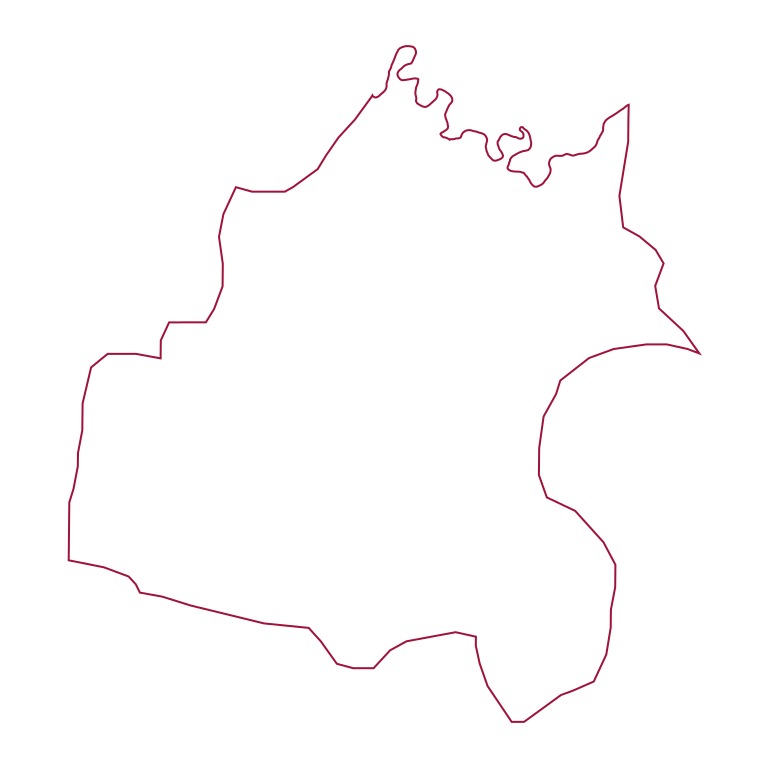 outline of Samsu, Ryanggang, North Korea
{"feature_id": "82179303B33326321250637", "entity_name": "Samsu", "entity_type": "district", "adm_level": 2, "iso_a3": "PRK", "parent_name": "North Korea", "parent_adm1": "Ryanggang", "projection": "mercator", "projection_center": [128.058, 41.242], "detail": "fine", "context": "isolated", "style": "outline", "palette": "rose", "viewbox_px": 768, "rotation_deg": 0, "n_neighbors": 0, "source": "geoboundaries", "source_scale": "gbopen_adm2", "svg_char_len": 6007}
<svg xmlns="http://www.w3.org/2000/svg" viewBox="0 0 768 768"><path d="M628.7,104.8L627.9,105.1L626.9,105.6L625.9,106.4L623.1,108.7L620.4,110.4L618.2,112.0L614.2,114.7L611.6,116.3L609.3,117.6L607.3,119.1L606.5,119.8L605.8,120.4L605.2,121.2L603.6,124.0L603.4,126.0L603.2,126.9L603.1,128.1L603.2,129.2L603.1,130.1L602.9,130.8L602.7,131.5L601.6,133.3L601.2,134.2L600.0,136.0L599.1,138.2L598.0,139.7L597.6,140.6L597.2,142.0L596.7,143.5L596.3,144.5L595.0,146.5L591.0,150.1L589.3,151.4L587.4,152.4L586.5,152.7L584.5,153.3L583.6,153.5L579.1,153.9L576.6,154.6L573.9,155.5L573.1,155.6L571.7,155.4L568.7,154.3L566.5,153.9L563.1,155.4L562.0,155.9L559.0,155.9L557.6,155.7L556.8,155.7L555.3,155.9L554.0,156.4L552.0,157.7L551.4,158.1L550.8,158.7L550.2,159.5L549.2,162.0L549.1,163.1L549.1,164.0L549.1,164.9L550.5,168.5L550.6,170.7L550.2,172.7L549.9,173.6L548.3,176.4L548.0,177.1L547.2,178.1L546.7,178.8L545.5,180.0L543.5,182.9L542.3,184.1L541.6,184.4L540.8,185.0L540.0,185.3L539.3,185.7L537.4,186.5L536.6,186.7L535.1,186.7L534.5,186.6L533.3,185.8L532.1,184.6L530.9,183.2L529.6,180.7L529.1,179.6L528.6,179.1L526.7,176.2L526.1,175.8L525.7,175.3L524.6,174.0L523.9,172.9L523.4,172.7L522.3,172.6L521.2,172.1L519.6,171.8L518.1,171.6L517.1,171.7L516.4,171.6L515.6,171.6L513.1,171.4L510.6,170.8L510.0,170.5L508.6,169.7L507.6,168.4L507.6,166.9L507.9,166.2L508.4,165.5L509.1,163.2L509.2,162.5L509.8,161.5L510.1,159.5L510.5,158.8L511.6,157.3L512.2,156.7L512.9,156.1L513.7,155.6L514.7,155.1L516.4,154.0L519.3,152.5L523.2,151.1L525.1,150.8L527.5,150.3L528.2,150.0L528.8,149.5L529.4,148.9L530.0,148.2L530.5,147.3L530.9,145.9L531.2,143.9L531.2,142.9L531.1,141.9L530.5,139.6L530.2,137.8L529.9,136.5L529.6,135.3L528.4,132.6L526.7,130.6L526.0,130.1L523.7,128.5L523.3,127.8L522.8,127.3L521.3,127.1L520.6,127.4L520.0,128.4L519.8,129.1L519.8,129.9L520.4,130.6L522.1,132.0L522.9,132.8L523.3,133.7L523.5,134.5L523.5,136.3L523.2,137.5L522.6,138.0L522.1,138.4L521.3,138.5L520.5,138.8L518.2,138.3L516.6,137.4L515.9,137.1L515.1,137.0L514.3,137.0L511.0,136.0L510.1,135.5L509.1,135.2L507.5,134.4L506.2,134.1L504.8,134.0L504.0,134.1L503.2,134.4L502.1,135.0L501.0,136.3L500.4,136.9L500.0,137.6L499.3,138.9L499.1,139.7L498.7,140.2L498.1,140.8L497.7,141.5L497.6,142.1L497.6,142.7L497.6,143.7L497.8,144.7L498.3,145.8L498.9,148.0L499.5,149.3L500.0,150.1L500.6,150.8L501.2,151.7L501.9,152.9L502.8,154.9L503.0,155.9L502.8,156.8L502.3,157.5L501.4,158.4L500.6,158.9L499.0,159.6L497.8,160.0L496.8,160.4L495.8,160.7L495.0,160.7L493.9,160.6L493.0,160.2L492.1,159.4L491.4,158.7L490.8,158.1L488.6,155.6L487.8,154.1L487.4,152.8L487.1,152.0L486.7,151.4L486.4,150.5L486.4,149.7L486.2,148.7L485.9,147.7L485.7,146.5L485.9,145.6L486.6,142.4L486.9,141.5L487.1,140.6L487.1,139.7L486.9,138.8L486.7,137.9L486.2,137.1L485.8,136.2L485.1,135.3L484.4,134.6L482.6,133.6L480.7,133.0L479.7,132.8L476.0,131.5L473.8,131.2L470.9,130.3L469.8,130.1L468.8,130.1L467.4,130.3L465.6,130.8L464.9,131.2L463.1,132.5L462.2,133.8L461.5,135.2L461.3,135.8L461.1,136.5L460.8,137.2L460.4,137.6L459.8,137.9L458.4,138.4L456.0,138.4L455.3,138.7L453.6,139.2L452.6,139.2L451.7,139.3L450.1,139.2L449.7,139.7L448.0,138.6L447.2,138.2L444.8,137.3L443.7,137.3L443.0,137.0L441.8,136.1L440.6,134.3L440.5,133.8L441.2,133.0L441.9,132.5L442.9,132.2L444.2,131.2L445.2,130.6L446.7,129.5L447.4,128.8L447.8,128.2L448.1,126.4L447.9,125.3L447.6,124.3L447.6,123.5L447.1,121.7L446.7,120.9L446.5,120.1L445.6,117.9L445.1,114.9L445.2,114.0L445.9,112.5L447.2,109.2L448.4,106.7L449.4,104.8L450.5,103.7L451.3,102.7L452.0,101.7L452.3,100.6L452.3,99.5L452.1,98.2L451.7,97.4L450.8,95.9L450.1,95.2L448.8,93.9L447.2,92.8L446.5,92.3L445.1,91.3L441.6,89.6L440.6,89.4L439.5,89.2L438.5,89.5L438.0,90.0L437.5,90.8L437.2,91.7L437.2,92.7L437.4,93.6L437.5,95.0L437.3,96.1L437.0,97.0L436.6,97.6L436.2,98.6L434.6,100.2L433.1,101.5L432.4,102.2L430.6,103.7L429.9,104.5L429.1,105.1L428.2,105.7L426.7,106.6L426.1,106.8L425.5,106.9L424.6,106.9L422.5,106.4L420.9,105.6L419.3,104.7L418.6,104.2L417.2,103.4L416.5,102.2L416.2,101.6L416.0,100.8L416.0,100.0L416.3,99.3L416.3,98.4L416.2,97.4L415.6,95.0L415.4,93.9L415.4,92.8L415.5,91.3L416.1,87.5L417.7,83.5L418.3,79.3L418.1,79.0L417.3,78.7L415.3,78.4L414.1,78.4L407.5,79.6L403.9,80.1L402.1,80.2L401.5,80.0L400.1,79.1L399.4,78.4L398.2,76.7L397.7,75.6L397.5,74.4L397.5,73.4L397.8,72.6L398.2,71.8L399.0,70.7L399.7,69.9L400.7,69.3L403.1,67.0L404.1,66.1L405.2,65.3L407.3,64.4L408.7,64.0L410.8,63.6L411.5,63.0L412.1,62.2L415.7,54.2L415.9,53.4L416.0,52.4L416.0,51.5L415.7,50.6L415.1,48.9L414.5,48.1L413.1,46.9L410.7,46.4L409.3,46.2L407.0,46.1L405.2,46.2L401.8,47.3L400.2,48.1L399.6,48.6L399.0,49.1L398.1,50.2L397.7,51.2L396.6,53.1L395.4,56.0L395.1,57.1L392.5,63.3L391.8,64.5L391.4,65.9L391.2,67.2L389.9,69.9L389.0,71.6L388.9,74.1L388.8,75.2L388.6,76.3L387.8,79.5L387.0,81.6L386.7,82.7L386.5,83.9L386.5,84.8L386.6,85.9L386.5,87.0L386.0,88.8L385.4,89.8L384.7,90.8L383.2,92.3L380.4,94.6L379.3,95.7L378.0,96.7L376.2,97.4L375.4,97.5L374.6,97.3L373.8,96.8L373.1,96.5L372.6,95.9L372.4,95.4L371.5,96.9L355.0,119.5L338.5,137.5L326.0,155.5L317.7,169.1L293.0,187.1L284.8,191.7L252.2,191.7L235.9,187.2L223.4,214.2L219.0,236.8L222.8,263.8L222.6,286.3L214.2,308.8L205.9,322.3L169.1,322.4L160.8,340.4L160.6,358.4L136.2,353.9L107.6,353.9L91.1,367.4L82.6,403.4L82.3,430.4L78.0,452.9L77.8,466.4L73.5,488.9L69.3,502.4L68.7,560.3L103.9,567.3L128.6,576.5L135.8,584.3L139.9,592.6L162.1,596.6L190.6,605.5L263.9,623.4L308.7,627.9L320.8,641.3L336.9,663.8L353.1,668.2L373.6,668.2L390.1,650.3L406.5,641.3L455.6,632.2L475.9,636.7L475.8,645.7L479.7,663.6L487.6,686.1L511.7,721.9L524.0,721.9L561.0,695.0L573.3,690.5L593.8,681.5L606.3,654.5L610.7,627.6L610.9,609.7L615.2,587.2L615.4,564.7L603.5,542.3L575.2,510.9L546.8,497.4L538.9,475.0L539.2,448.0L543.6,416.5L556.1,394.0L560.3,380.5L589.1,358.0L613.7,349.0L646.4,344.4L666.8,344.4L687.2,348.9L699.3,353.4L683.3,330.9L659.0,308.4L655.2,285.9L663.6,263.4L655.6,249.9L639.4,236.4L623.2,227.4L619.4,195.8L628.2,141.7L628.4,119.2L628.7,104.8Z" fill="none" stroke="#9f1239" stroke-width="2"/></svg>